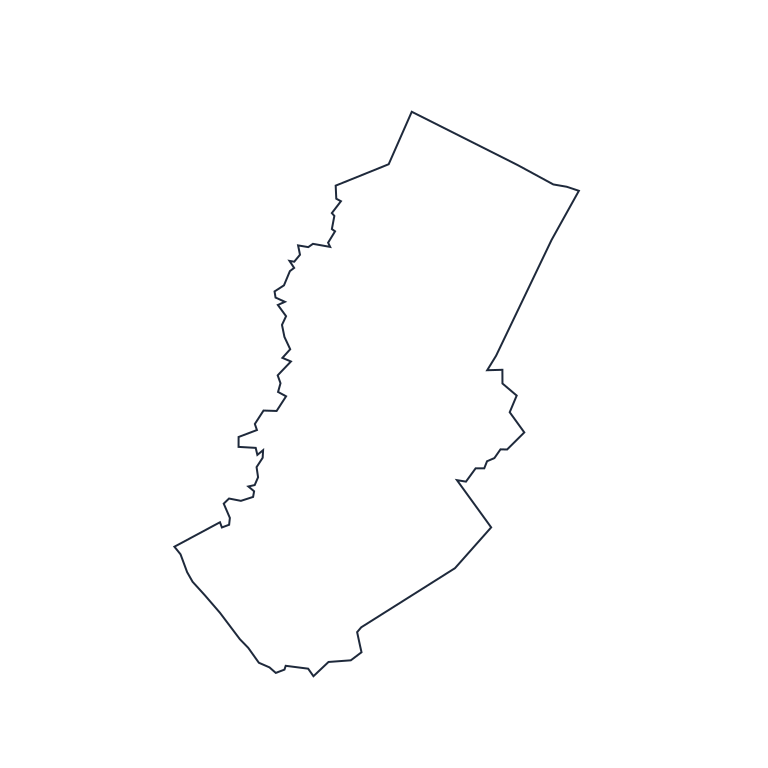 the district of Talofofo, Guam, rotated 143°
{"feature_id": "77769853B17205204900927", "entity_name": "Talofofo", "entity_type": "district", "adm_level": 2, "iso_a3": "GUM", "parent_name": "Guam", "parent_adm1": "", "projection": "orthographic", "projection_center": [144.734, 13.336], "detail": "fine", "context": "isolated", "style": "outline", "palette": "slate", "viewbox_px": 768, "rotation_deg": 143, "n_neighbors": 0, "source": "geoboundaries", "source_scale": "gbopen_adm2", "svg_char_len": 1402}
<svg xmlns="http://www.w3.org/2000/svg" viewBox="0 0 768 768"><g transform="rotate(143 384 384)"><path d="M112.1,421.0L119.4,431.6L128.7,441.5L145.6,478.6L198.0,584.7L248.0,556.7L303.2,571.5L310.6,560.7L308.4,555.9L322.8,551.9L322.5,548.1L332.4,539.1L331.2,535.4L343.6,530.5L344.5,525.9L356.4,538.7L362.1,538.9L369.2,546.4L373.3,537.8L382.1,535.7L385.4,539.2L385.9,530.8L391.2,530.8L404.5,523.0L415.7,523.8L418.6,518.3L413.7,509.3L421.2,511.0L421.4,497.1L429.9,492.6L435.2,481.5L438.0,468.2L449.4,466.0L444.8,458.0L463.7,454.9L466.2,446.9L473.4,441.4L469.6,433.1L486.0,427.1L496.2,435.3L511.2,429.8L513.2,423.7L532.0,429.2L538.0,421.3L524.9,410.2L527.8,403.6L520.4,403.9L525.3,398.1L535.8,394.3L540.7,385.3L548.1,381.1L554.0,383.8L552.3,376.5L556.5,372.6L568.6,376.8L576.7,385.8L584.0,384.9L587.7,369.8L592.4,364.8L599.8,367.0L598.2,372.3L649.3,380.2L649.0,370.4L654.5,352.1L654.6,351.1L655.9,341.2L654.2,322.8L652.7,299.9L652.7,266.9L651.2,255.0L651.7,236.7L646.0,226.6L644.3,218.4L635.4,215.8L632.1,218.1L615.9,202.3L616.2,193.1L595.6,195.4L576.8,183.3L563.4,183.3L560.6,189.5L554.8,202.0L548.6,203.4L497.2,199.1L438.1,194.2L384.7,205.0L383.6,263.3L377.3,256.7L361.6,261.5L354.7,256.3L348.2,260.3L340.4,258.4L330.3,261.7L325.1,257.6L301.1,260.9L300.6,285.8L285.0,294.9L289.1,313.1L280.9,324.1L293.3,332.9L277.5,339.1L163.5,398.2L112.1,421.0Z" fill="none" stroke="#1e293b" stroke-width="2"/></g></svg>